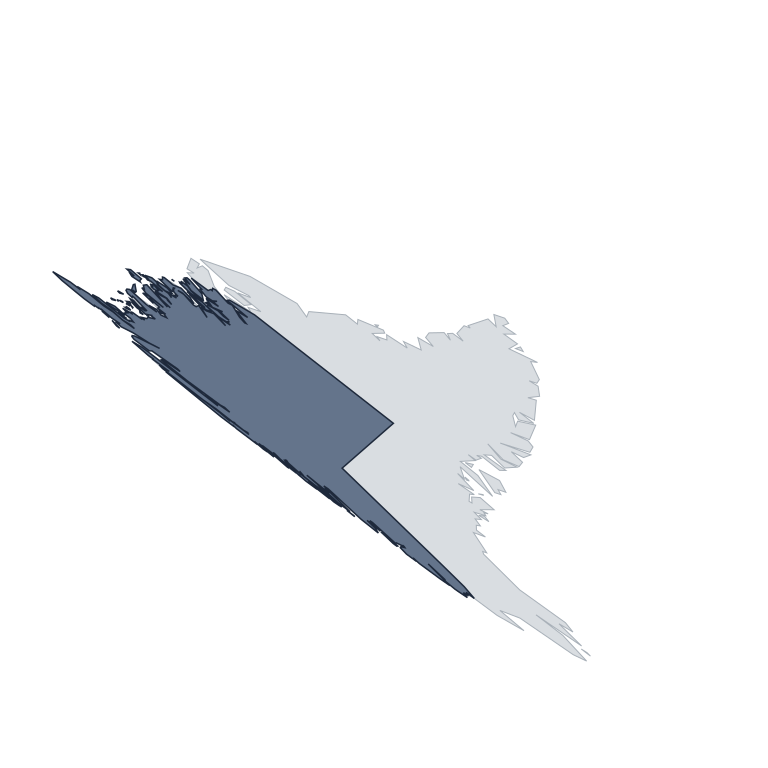 Nationalparken on a map of Greenland (Equal Earth projection), rotated 218°
{"feature_id": "GRL-2742", "entity_name": "Nationalparken", "entity_type": "state/province", "adm_level": 1, "iso_a3": "GRL", "parent_name": "Greenland", "parent_adm1": "", "projection": "equal_earth", "projection_center": [-27.197, 77.317], "detail": "fine", "context": "in_parent", "style": "filled", "palette": "slate", "viewbox_px": 768, "rotation_deg": 218, "n_neighbors": 0, "source": "natural_earth", "source_scale": "10m", "svg_char_len": 9870}
<svg xmlns="http://www.w3.org/2000/svg" viewBox="0 0 768 768"><g transform="rotate(218 384 384)"><path d="M518.6,258.1L562.0,259.5L497.2,260.3L496.8,260.8L569.0,259.9L606.8,262.6L519.1,265.4L568.9,265.7L577.9,267.3L611.2,266.0L590.6,272.7L627.1,267.7L650.2,269.0L683.7,266.7L713.7,268.5L658.2,273.9L667.0,274.8L661.3,275.9L622.5,277.5L635.4,283.2L612.7,286.9L606.7,294.1L631.1,294.0L618.2,294.8L642.8,297.7L644.3,300.5L597.7,302.5L628.2,307.3L632.7,315.8L602.6,316.4L616.5,316.8L618.2,320.9L627.7,317.7L636.2,323.7L615.5,326.0L606.2,324.7L608.2,322.4L605.7,321.6L601.9,324.3L624.3,328.6L621.6,332.4L602.3,334.4L566.2,328.6L574.7,331.7L546.5,332.7L554.8,334.6L543.2,335.8L582.0,333.0L606.0,338.0L603.6,346.5L583.1,342.4L576.5,336.8L553.5,340.2L574.5,338.2L575.9,342.4L570.1,343.6L607.6,350.6L601.9,354.5L610.2,353.5L613.5,364.2L603.5,365.0L602.7,360.4L599.9,365.3L592.5,365.1L577.8,356.3L562.5,352.5L548.6,351.9L565.0,355.9L533.4,358.9L538.3,360.7L525.5,365.2L555.4,365.7L542.3,370.0L545.1,370.4L566.8,366.2L605.8,369.1L555.8,386.3L502.1,393.9L486.2,389.2L487.8,394.8L456.8,414.9L441.8,414.8L444.3,418.8L417.6,426.1L414.7,424.5L424.4,416.6L413.8,415.5L418.6,417.1L408.8,420.5L412.3,424.5L387.8,426.6L394.8,429.5L375.6,433.7L385.9,441.4L368.2,443.9L379.9,446.3L380.0,452.0L368.3,461.5L358.6,459.4L365.0,462.8L361.1,466.2L348.0,466.5L357.7,468.7L356.8,479.2L350.5,481.2L353.7,481.8L342.1,499.3L330.9,498.2L340.2,506.4L329.4,510.2L323.1,508.5L326.3,503.1L311.1,504.2L320.3,497.1L303.5,497.8L307.2,488.7L276.3,495.5L282.2,492.0L264.3,483.1L264.0,478.7L271.6,475.9L261.2,477.1L253.8,470.1L262.2,461.8L254.0,465.0L243.1,448.0L259.8,445.1L241.7,445.2L255.9,438.6L263.6,441.8L263.0,438.3L254.1,431.4L255.8,437.0L239.1,445.0L235.1,429.7L254.3,423.6L235.3,427.9L227.8,426.1L227.0,420.0L256.1,409.0L224.6,418.6L228.7,412.0L242.0,409.0L226.6,407.6L226.7,402.1L243.4,397.7L265.4,400.7L245.6,396.7L227.9,400.4L237.2,392.1L255.3,394.0L261.4,389.9L234.7,390.9L239.8,387.1L262.5,387.2L267.0,384.8L261.5,385.5L264.6,380.7L274.1,380.2L265.0,379.8L276.2,370.0L253.7,369.7L229.2,362.3L273.1,365.7L262.2,358.7L270.9,358.8L247.6,355.3L264.2,351.2L244.7,352.4L248.8,349.9L244.7,343.9L241.4,344.4L245.4,348.9L238.3,353.7L219.8,352.7L231.1,344.0L222.0,345.8L225.9,344.0L222.7,342.9L233.9,338.5L223.8,337.1L229.1,333.8L220.7,331.5L224.3,329.5L221.2,325.8L209.9,325.9L222.1,322.0L199.1,314.2L203.1,312.8L200.7,311.2L150.4,305.3L94.0,307.6L82.4,304.9L98.5,302.8L67.0,299.2L122.1,295.7L88.4,296.0L53.7,290.4L68.1,287.2L132.8,283.2L153.3,276.9L121.8,275.8L152.3,271.3L185.2,270.5L189.2,267.1L197.7,266.1L236.7,269.2L210.1,265.8L260.4,263.9L269.3,264.8L269.6,267.6L275.4,266.4L276.3,264.0L312.3,266.1L297.9,263.3L307.9,263.3L362.7,266.9L367.8,263.3L355.2,261.9L399.0,261.9L345.8,260.9L410.1,259.2L432.8,260.7L435.2,259.9L426.9,259.0L518.6,258.1ZM229.8,366.6L256.5,375.0L233.5,379.1L221.3,373.7L229.1,371.0L223.8,368.8L229.8,366.6ZM567.8,359.7L568.2,362.8L558.8,365.1L537.6,364.7L542.5,359.8L567.8,359.7ZM361.7,265.3L342.2,263.9L336.2,262.6L361.6,263.2L361.7,265.3ZM651.0,277.4L638.5,279.4L633.4,278.6L651.0,277.4ZM649.4,313.7L656.5,317.1L639.8,316.8L640.0,314.5L649.4,313.7ZM642.4,308.0L636.5,304.7L636.6,302.4L640.2,302.9L642.4,308.0ZM228.5,338.8L223.5,341.7L216.6,340.1L228.5,338.8ZM637.1,266.5L633.3,266.6L627.1,265.3L630.2,265.0L637.1,266.5ZM271.6,372.1L264.1,375.6L263.7,372.1L271.6,372.1ZM636.6,288.6L634.8,292.3L632.5,289.2L636.6,288.6ZM65.4,296.6L58.6,297.3L53.8,296.7L65.4,296.6ZM242.1,355.5L237.8,357.9L237.3,357.4L242.1,355.5ZM650.2,294.1L644.9,294.4L650.6,293.0L650.2,294.1ZM302.2,492.9L299.3,497.2L294.3,495.3L302.2,492.9ZM262.9,360.5L257.8,360.3L257.5,359.9L259.8,359.1L262.9,360.5ZM427.5,425.2L424.5,426.9L424.3,424.7L427.5,425.2Z" fill="#d9dde1" stroke="#a8b0b8" stroke-width="1"/><path d="M557.3,355.0L528.5,358.8L352.4,358.8L365.2,291.9L228.0,277.3L196.1,273.7L180.8,270.6L191.1,270.4L187.1,269.2L193.0,268.4L186.8,267.0L201.6,266.0L214.3,266.4L215.6,267.4L238.4,269.4L208.0,265.7L220.4,265.0L245.4,264.3L254.1,264.9L249.2,264.2L261.6,263.8L270.4,265.1L270.5,266.2L266.8,267.9L268.0,268.3L270.2,268.4L268.4,268.2L276.5,266.4L276.5,265.5L307.8,267.8L311.1,267.6L296.3,266.0L313.4,266.1L301.7,264.9L296.7,263.1L318.6,263.3L363.4,267.0L368.7,266.6L360.9,265.7L366.6,265.1L362.5,264.7L365.1,264.2L388.7,264.6L372.8,263.9L374.0,263.6L353.0,261.8L391.9,261.8L390.6,262.1L396.2,263.2L396.2,262.4L393.5,262.0L396.8,261.9L410.8,262.8L413.8,263.8L415.7,263.1L413.1,262.8L414.6,262.5L413.8,262.2L403.1,261.8L350.9,261.4L341.5,260.9L350.9,261.1L343.5,260.7L351.2,260.2L360.1,261.0L378.3,261.1L356.0,260.1L383.8,260.2L371.9,259.8L385.9,259.4L395.9,259.9L393.4,260.3L396.2,260.0L406.3,260.7L419.4,260.9L427.8,261.9L429.3,261.5L422.4,260.8L442.1,260.6L426.1,260.4L446.2,260.0L427.4,259.7L425.6,259.5L427.4,259.2L425.7,258.7L436.6,259.0L434.1,258.7L439.1,258.4L450.8,259.0L446.2,258.4L472.7,258.0L478.2,258.6L475.6,258.1L492.2,257.8L563.5,259.3L495.5,260.4L482.2,259.9L492.1,260.5L459.3,261.1L462.6,261.2L460.7,261.9L466.3,261.1L476.0,261.1L478.1,261.3L477.4,261.7L480.4,260.9L500.6,261.0L517.1,260.1L568.0,259.9L572.9,260.7L560.9,261.7L581.5,261.1L582.4,261.2L580.5,261.3L582.0,261.6L580.5,261.8L587.2,261.4L608.9,262.5L597.3,263.9L582.1,264.2L501.3,264.5L518.9,265.2L488.2,266.8L495.2,267.4L500.2,266.6L541.4,265.4L574.4,265.8L573.6,266.9L552.3,268.3L555.9,268.8L587.3,267.2L589.4,265.6L608.4,265.3L611.9,266.2L612.3,267.1L610.0,268.3L582.7,273.9L594.5,271.7L613.3,269.9L626.2,267.3L633.9,267.8L629.0,269.1L638.8,268.4L653.4,268.9L652.6,268.5L656.9,268.2L654.6,268.0L660.5,267.7L660.2,267.0L672.7,266.6L701.4,267.3L714.3,268.6L693.9,271.2L681.2,271.4L685.8,272.0L672.3,273.5L653.0,273.0L641.6,274.0L629.3,273.4L614.8,274.0L620.1,274.6L629.2,273.5L644.5,274.4L656.7,273.9L669.0,274.9L661.8,276.2L629.5,275.9L622.2,276.9L624.4,277.0L619.7,278.6L624.6,279.7L632.7,279.5L628.8,283.2L632.2,281.7L632.7,282.5L636.6,282.8L626.0,284.2L627.3,285.2L626.1,285.6L614.4,286.0L615.8,286.5L611.9,287.1L615.8,287.4L611.1,289.6L611.0,291.3L604.2,294.4L609.8,294.5L608.6,295.4L615.2,292.1L635.0,294.3L636.7,294.9L632.7,295.6L624.5,294.2L616.6,294.6L622.6,295.6L620.6,296.0L615.6,295.6L633.8,298.3L636.1,298.3L635.8,297.2L641.8,297.6L645.0,299.0L645.1,300.5L642.5,302.0L620.5,300.3L607.2,300.8L617.6,301.2L608.5,302.8L602.1,301.0L596.2,302.4L600.9,303.9L602.8,302.8L606.5,303.3L603.4,303.6L607.7,304.3L598.9,304.5L609.0,304.5L608.4,306.3L622.0,307.2L615.3,305.6L630.3,307.2L623.8,308.5L604.9,308.5L627.5,309.0L634.2,310.8L631.3,311.2L634.5,313.7L632.0,316.2L602.0,311.3L611.6,313.3L599.3,312.5L611.3,313.5L621.7,316.2L614.3,316.4L607.9,317.6L606.0,316.7L600.3,315.9L600.6,316.0L607.8,317.9L619.9,316.8L619.1,319.0L620.9,320.0L615.3,320.6L631.0,321.4L634.4,320.4L636.0,320.8L634.7,321.6L639.4,322.4L632.3,324.8L625.8,324.4L623.8,322.7L613.9,322.5L609.7,322.7L604.6,321.2L608.2,323.0L600.4,324.0L604.9,324.2L601.9,325.5L603.8,326.0L600.3,326.3L605.9,327.1L608.0,328.6L608.0,330.6L609.3,330.1L608.6,328.4L606.8,327.3L608.2,326.6L625.3,328.3L622.7,329.8L624.4,331.9L622.6,332.6L611.3,332.2L602.7,334.6L589.7,332.7L583.1,330.1L598.6,331.6L604.1,330.8L597.0,331.4L582.7,328.9L579.6,329.3L578.3,331.7L564.3,327.5L575.8,331.8L568.9,332.3L561.3,334.7L544.7,332.4L556.4,334.7L541.3,335.8L545.0,336.0L544.1,338.0L546.6,335.9L555.9,335.2L571.7,336.3L570.8,337.8L560.0,339.5L552.1,338.5L545.2,338.8L557.5,340.0L555.7,341.6L566.4,338.8L577.0,341.9L562.1,343.2L569.2,343.6L566.5,346.4L570.4,343.9L577.6,343.2L587.3,345.4L586.1,346.5L601.1,348.8L580.2,349.4L578.6,351.9L576.9,351.8L577.9,353.9L574.3,354.5L556.5,351.7L552.1,352.7L538.9,347.7L531.4,346.4L530.0,346.8L545.8,350.8L532.4,352.5L559.1,353.3L557.3,355.0ZM347.1,262.2L366.6,263.8L359.7,264.5L363.1,265.2L359.9,265.4L332.1,262.5L347.1,262.2ZM607.3,343.2L598.1,343.0L606.3,344.9L604.6,346.4L600.9,346.3L583.2,343.0L578.2,339.0L593.6,338.9L607.3,343.2ZM577.7,336.7L564.2,335.2L569.5,333.0L578.3,332.8L592.6,334.8L572.6,333.8L572.1,334.0L596.2,335.6L577.7,336.7ZM630.4,278.6L648.1,277.0L653.3,277.6L643.8,279.6L630.4,278.6ZM607.4,339.9L599.1,340.3L593.2,338.5L577.0,337.7L592.3,336.4L606.8,337.8L607.7,338.3L604.4,339.1L607.4,339.9ZM622.0,323.1L626.7,325.2L614.0,326.2L605.8,324.7L614.0,322.6L622.0,323.1ZM657.3,316.2L654.1,318.1L639.9,317.5L640.2,315.0L638.9,314.4L648.8,313.6L651.7,314.6L647.3,315.4L657.3,316.2ZM273.4,264.8L274.0,264.1L278.8,264.0L295.1,265.7L273.4,264.8ZM642.7,307.9L641.7,309.3L636.2,304.3L636.3,303.4L639.9,303.3L636.4,302.1L640.8,302.7L642.7,307.9ZM629.7,318.5L626.2,320.3L620.1,319.2L620.8,317.5L623.7,317.0L628.0,317.5L625.6,318.4L629.7,318.5ZM637.5,266.7L626.6,265.2L630.7,265.2L637.5,266.7ZM408.7,259.0L427.8,260.1L406.8,259.3L408.7,259.0ZM408.0,259.9L421.0,260.3L417.0,260.7L408.0,259.9ZM637.8,276.8L627.2,277.2L630.9,276.2L637.8,276.8ZM404.7,259.9L415.0,260.8L398.1,259.9L404.7,259.9ZM651.3,293.4L644.4,294.5L648.3,292.9L651.3,293.4ZM625.4,291.9L633.8,293.2L620.1,292.2L625.4,291.9ZM636.7,288.5L635.3,289.5L637.2,290.2L633.1,290.1L632.8,289.1L636.7,288.5ZM651.3,267.8L642.0,267.4L641.3,267.2L651.3,267.8ZM335.5,261.6L326.2,261.7L325.4,261.4L335.5,261.6ZM635.4,286.3L631.4,286.6L629.0,286.1L633.8,284.9L635.0,285.0L633.3,285.9L635.1,286.0L632.6,286.1L635.4,286.3ZM652.5,283.6L649.6,284.2L648.1,284.7L646.6,284.7L650.3,283.1L652.5,283.6ZM642.0,321.0L641.0,321.8L636.6,321.4L640.0,320.5L642.0,321.0ZM635.0,292.4L632.6,290.7L637.6,290.7L635.0,292.4ZM574.6,338.1L573.5,339.5L568.7,338.8L570.9,338.3L574.6,338.1ZM621.1,290.8L618.8,290.8L616.4,290.5L620.1,289.9L621.1,290.8ZM632.2,290.2L629.0,289.8L628.9,289.2L632.2,290.2ZM644.0,287.2L641.1,287.9L639.5,287.7L642.3,287.1L644.0,287.2ZM611.9,292.8L610.9,292.3L613.6,292.0L611.9,292.8ZM644.2,286.6L644.6,285.7L646.4,286.1L644.2,286.6ZM645.9,320.2L644.8,321.0L643.5,320.1L644.8,320.2L645.9,320.2ZM612.4,335.9L615.4,335.7L615.8,335.8L612.4,335.9Z" fill="#64748b" stroke="#1e293b" stroke-width="1.5"/></g></svg>